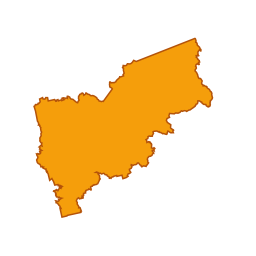 the district of Yarra Ranges, Victoria, Australia, rotated 338°
{"feature_id": "25037944B70077936823133", "entity_name": "Yarra Ranges", "entity_type": "district", "adm_level": 2, "iso_a3": "AUS", "parent_name": "Australia", "parent_adm1": "Victoria", "projection": "mercator", "projection_center": [145.617, -37.75], "detail": "fine", "context": "isolated", "style": "filled", "palette": "amber", "viewbox_px": 256, "rotation_deg": 338, "n_neighbors": 0, "source": "geoboundaries", "source_scale": "gbopen_adm2", "svg_char_len": 5760}
<svg xmlns="http://www.w3.org/2000/svg" viewBox="0 0 256 256"><g transform="rotate(338 128 128)"><path d="M224.9,84.2L224.4,83.6L225.0,82.5L224.5,81.4L224.6,80.0L223.3,77.1L223.7,75.4L223.5,74.3L222.9,73.9L223.8,72.4L223.9,70.5L223.6,70.0L160.5,69.4L158.6,67.4L156.5,68.8L155.0,69.3L153.7,69.3L151.5,68.2L150.1,69.3L148.7,69.2L147.0,68.2L146.4,69.0L146.6,69.6L145.6,70.0L146.1,71.4L145.4,72.5L144.9,75.8L143.3,76.8L143.4,78.0L140.4,77.9L139.5,77.4L139.0,78.1L135.0,79.6L134.2,80.5L131.9,80.8L131.4,80.3L129.7,80.0L128.7,78.6L128.3,78.5L127.9,79.1L127.9,79.7L127.3,80.3L126.6,82.8L126.7,83.7L127.1,83.8L127.8,84.8L128.1,85.9L115.0,94.1L114.4,93.6L113.1,93.5L112.1,92.5L111.4,92.3L111.1,90.6L110.4,89.9L110.3,88.1L108.8,85.9L107.5,84.7L105.7,84.2L104.6,82.4L103.2,81.4L102.6,80.1L102.0,79.8L101.4,80.6L99.3,81.1L99.3,79.2L99.0,78.6L97.7,78.4L97.2,78.9L95.8,78.8L94.9,79.8L94.1,80.0L93.1,82.2L93.1,83.9L91.7,84.6L90.8,85.7L89.9,85.0L87.6,80.7L86.1,79.9L85.5,78.5L85.5,77.5L84.2,76.0L83.5,75.9L82.9,77.8L82.4,77.2L81.5,77.1L79.2,75.7L78.0,75.7L79.4,77.8L76.8,77.8L76.8,76.9L73.7,76.8L73.7,75.4L72.0,75.4L71.8,76.3L71.1,76.2L70.6,74.1L64.2,73.0L64.8,69.7L63.2,69.0L61.7,70.1L60.1,69.2L60.2,67.8L56.9,68.0L56.4,70.8L54.9,71.7L54.0,71.4L53.3,72.3L52.7,72.0L51.9,72.2L51.0,71.6L49.5,72.9L49.0,72.8L48.6,77.6L46.6,87.8L46.9,89.0L46.7,90.8L46.9,91.3L46.1,91.7L47.2,92.6L46.8,93.6L47.3,95.0L46.7,95.8L46.2,98.3L46.4,99.4L45.1,100.7L44.6,102.6L42.5,104.3L41.8,106.5L41.4,106.9L41.8,109.1L42.5,109.6L41.6,111.1L41.5,112.4L40.6,111.5L38.5,112.3L39.0,112.7L38.9,113.6L38.1,114.4L39.6,116.5L37.9,116.3L37.9,116.7L37.5,116.7L37.9,116.8L37.9,117.2L37.3,116.9L37.3,117.7L37.5,117.8L37.3,118.0L37.6,118.3L37.3,118.8L35.5,119.0L35.2,118.7L35.4,118.5L34.8,117.9L34.0,118.2L33.5,117.8L33.3,119.6L33.6,120.6L33.3,121.8L31.3,123.4L31.0,125.9L31.4,127.2L32.7,128.7L32.9,129.4L32.7,131.4L34.1,131.6L34.0,132.4L35.0,132.6L34.3,133.4L35.6,134.9L36.6,135.4L36.2,136.0L36.5,137.0L36.1,136.9L36.0,137.2L36.1,138.5L36.7,138.6L36.4,139.4L36.8,140.2L35.8,147.2L38.5,146.3L38.9,150.0L38.7,153.5L41.9,154.2L41.7,155.2L42.6,155.2L43.1,155.5L42.9,155.8L43.7,155.9L45.0,157.4L44.6,157.4L44.1,158.2L43.3,157.2L43.5,156.8L42.7,156.6L42.2,157.0L42.6,158.4L42.0,158.0L40.0,159.5L40.1,159.2L38.5,158.9L38.4,158.3L37.8,158.5L37.8,158.8L35.7,158.4L35.3,158.7L36.7,160.6L36.6,162.0L36.2,161.9L36.0,162.8L36.2,163.3L35.8,163.4L35.9,165.1L37.0,165.6L37.4,166.4L38.3,166.4L38.3,167.0L40.1,168.2L39.3,168.2L39.4,168.4L37.8,168.8L36.9,168.2L36.9,169.5L36.0,169.9L33.7,168.5L33.9,169.8L33.3,170.3L34.6,171.5L34.5,172.0L35.0,173.0L35.0,173.9L35.5,174.6L35.7,177.4L34.9,176.9L33.4,185.9L38.5,186.7L39.0,186.3L52.7,188.6L52.8,187.5L53.6,187.6L53.7,183.9L52.4,183.5L53.0,182.7L52.4,179.5L53.1,178.1L52.8,176.4L53.1,175.9L54.0,174.9L55.9,174.1L56.4,174.8L56.4,175.5L58.2,175.8L58.7,175.4L58.6,175.9L59.6,176.0L59.8,174.6L60.4,175.5L61.1,173.6L61.6,173.8L62.3,172.0L64.4,172.3L64.6,171.1L65.1,171.0L65.3,170.3L65.7,170.1L68.2,170.3L68.9,169.8L70.4,171.6L70.9,171.1L71.2,168.7L71.9,168.4L73.2,168.6L73.6,168.0L75.3,168.2L75.4,167.9L77.0,168.5L79.1,168.3L82.0,165.6L82.3,164.9L82.9,165.0L83.2,164.4L82.9,163.7L83.7,161.7L83.5,160.5L83.1,159.9L83.2,158.6L82.7,157.6L81.6,157.1L82.3,157.0L83.5,158.0L84.0,158.8L84.0,159.3L85.4,159.5L86.2,160.7L88.4,160.9L88.9,161.3L89.3,162.7L90.8,163.5L90.8,164.5L92.2,166.6L91.9,167.6L92.2,167.8L92.5,167.3L93.5,168.2L93.7,167.7L95.7,167.5L96.3,167.7L96.7,167.4L99.7,167.8L99.6,168.7L104.7,169.5L104.3,173.1L107.8,173.3L110.0,172.8L109.6,171.8L111.1,170.5L112.1,170.8L113.9,170.3L113.9,169.3L113.5,168.3L113.8,166.8L115.8,166.6L117.2,165.4L116.9,163.8L117.3,163.2L118.8,164.6L120.0,164.4L121.6,164.9L122.9,164.6L123.5,164.0L124.7,164.4L125.3,166.7L126.1,167.6L125.9,168.3L126.3,169.2L128.2,168.9L130.4,170.4L131.2,169.5L131.7,169.5L134.0,168.0L133.5,167.0L134.1,165.8L134.2,165.0L134.0,164.7L134.9,163.2L136.8,162.2L138.2,162.6L139.9,162.4L141.0,161.2L141.7,160.9L142.3,161.2L142.5,160.4L141.8,158.5L142.1,157.8L143.1,158.0L143.7,158.8L143.8,157.9L145.2,157.0L144.7,156.0L143.8,156.4L142.3,155.2L143.8,152.1L143.8,151.1L143.3,151.0L143.2,149.4L142.4,149.4L142.5,148.7L142.1,148.4L140.1,148.5L140.6,146.7L140.3,145.5L142.3,145.2L142.9,144.6L143.3,143.5L144.6,143.4L145.7,144.1L147.5,144.7L148.0,143.8L149.6,142.6L149.7,141.0L150.9,140.8L153.6,141.6L154.8,143.1L155.1,143.0L155.4,143.4L155.6,143.2L156.1,144.3L156.8,144.5L158.1,146.4L158.8,146.4L161.2,148.3L162.1,148.1L162.4,147.2L163.9,145.8L165.8,148.4L168.3,149.4L168.4,147.5L169.4,147.2L169.4,146.8L167.7,144.5L167.5,143.7L168.9,141.0L166.6,137.6L166.4,135.3L167.8,133.8L170.5,133.7L170.5,132.0L172.0,130.1L176.2,132.2L177.7,131.9L180.0,133.0L181.9,133.0L183.9,132.1L184.7,132.9L186.7,133.0L188.1,133.8L188.6,134.6L191.1,134.2L192.2,134.5L198.4,133.0L198.6,132.5L199.6,132.1L199.9,131.5L201.3,131.5L202.0,130.9L203.0,129.0L204.5,129.7L205.3,131.2L206.0,131.5L206.0,132.8L207.1,134.5L209.0,135.4L208.9,136.6L209.9,138.2L210.6,138.6L210.9,138.2L211.3,138.5L212.5,138.2L212.7,137.3L213.3,136.7L213.3,135.4L214.2,134.7L214.3,133.8L216.4,132.9L217.4,132.0L217.8,131.2L217.7,130.8L218.2,128.2L218.8,127.2L218.6,125.4L218.1,124.9L217.9,122.7L216.8,121.2L216.3,119.8L216.6,119.3L216.1,118.6L215.4,118.4L214.6,117.1L213.5,117.1L213.7,116.1L212.9,115.0L213.1,113.8L214.4,112.2L213.9,109.6L213.3,108.9L212.5,108.8L212.2,108.2L212.2,106.0L212.5,104.9L212.3,102.0L211.6,100.5L211.9,99.4L213.8,98.1L214.1,96.9L213.7,96.3L214.7,94.9L216.2,94.4L217.2,95.6L217.8,95.7L218.0,95.4L217.7,94.3L217.9,93.6L219.1,93.7L219.3,92.2L218.4,90.3L218.6,89.7L217.8,87.8L218.4,87.4L218.4,86.6L219.9,87.4L220.6,87.4L220.2,86.0L220.6,85.9L220.9,84.5L221.5,83.5L223.7,82.2L224.1,82.6L224.1,83.7L224.9,84.2Z" fill="#f59e0b" stroke="#b45309" stroke-width="1.5"/></g></svg>